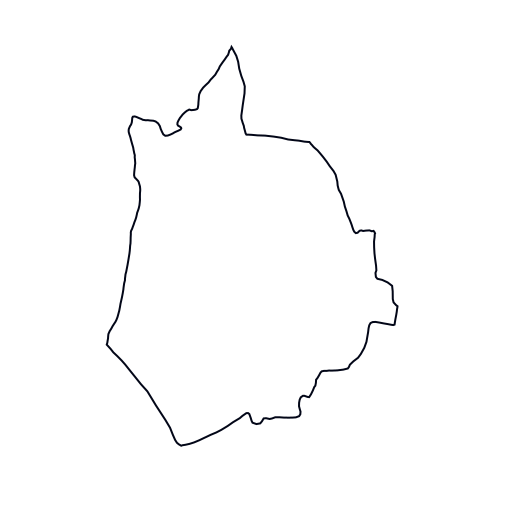 the district of Me Sang, Prey Vêng, Cambodia, rotated 191°
{"feature_id": "14789045B72609055314510", "entity_name": "Me Sang", "entity_type": "district", "adm_level": 2, "iso_a3": "KHM", "parent_name": "Cambodia", "parent_adm1": "Prey Vêng", "projection": "orthographic", "projection_center": [105.584, 11.344], "detail": "fine", "context": "isolated", "style": "outline", "palette": "ink", "viewbox_px": 512, "rotation_deg": 191, "n_neighbors": 0, "source": "geoboundaries", "source_scale": "gbopen_adm2", "svg_char_len": 4641}
<svg xmlns="http://www.w3.org/2000/svg" viewBox="0 0 512 512"><g transform="rotate(191 256 256)"><path d="M225.3,378.1L226.6,377.9L230.3,377.5L236.0,377.4L240.2,377.0L246.7,376.5L253.8,376.9L261.3,376.6L270.1,375.9L277.6,374.7L283.4,374.1L287.0,373.6L288.6,373.3L289.6,374.4L290.8,376.9L292.1,379.5L292.8,381.4L294.6,384.4L295.3,385.8L296.5,388.0L297.2,391.1L297.5,396.8L297.8,401.6L298.0,406.4L298.3,413.4L299.4,420.4L301.5,424.6L304.8,430.0L308.2,436.7L310.6,443.3L313.5,448.7L317.0,453.0L318.3,454.6L319.1,455.7L319.9,456.5L320.1,454.6L321.4,452.5L321.5,450.5L321.8,448.1L322.8,446.2L324.3,442.7L325.7,439.8L326.7,437.5L327.7,435.2L328.3,432.4L329.5,429.4L330.6,426.1L332.1,423.7L333.4,421.6L334.0,420.8L335.7,417.3L338.1,414.0L340.0,411.2L341.8,407.3L342.6,403.9L342.5,401.7L342.2,399.5L341.8,395.6L341.5,393.6L341.4,391.4L341.4,389.9L341.9,389.0L343.2,388.2L344.4,387.7L346.0,387.2L347.4,386.8L349.5,387.0L350.4,386.2L351.1,385.7L351.7,385.2L352.2,384.6L353.3,383.3L355.0,380.9L356.1,378.7L357.0,377.0L358.0,374.1L358.5,372.0L358.3,370.2L357.4,369.1L355.6,368.5L354.1,367.8L353.7,367.1L354.1,365.8L355.0,365.1L356.4,364.0L357.8,363.1L359.6,361.8L361.1,360.4L363.3,358.8L365.6,357.4L368.0,356.7L370.2,357.7L372.0,360.0L373.8,362.6L375.2,365.2L377.4,367.5L380.2,368.9L382.6,369.2L385.8,368.8L387.9,368.7L390.2,368.2L393.1,368.1L394.7,368.6L396.9,369.0L399.6,369.6L400.8,369.8L402.0,369.8L403.5,369.2L403.8,368.1L403.7,366.8L403.6,366.0L403.4,363.6L403.6,361.8L403.8,360.9L404.4,359.6L404.9,357.4L405.1,356.3L404.9,354.5L404.5,353.2L403.5,351.2L402.6,349.7L401.6,347.8L400.9,346.2L399.9,344.2L398.9,342.2L398.0,340.5L397.2,338.9L396.5,337.0L395.7,335.1L395.2,333.8L394.2,331.8L393.9,329.7L393.3,327.9L392.2,323.9L392.1,321.8L391.9,320.1L391.7,317.4L391.5,315.1L391.1,312.0L390.1,310.0L388.6,309.0L386.1,307.2L385.3,306.3L384.3,304.3L383.2,302.2L382.4,299.5L382.1,297.8L381.9,295.6L381.5,293.4L381.2,291.7L380.6,289.0L380.3,286.0L380.1,283.6L380.2,280.6L380.4,278.8L380.9,275.7L380.9,273.7L381.0,270.9L381.3,268.5L381.8,265.9L382.1,263.4L382.5,261.1L382.8,259.0L383.4,256.9L383.4,255.3L383.0,253.4L382.6,250.4L382.0,247.0L381.6,244.3L381.5,241.9L381.2,239.7L380.9,237.0L380.7,234.2L380.6,230.7L380.5,227.4L380.4,222.7L380.4,219.2L380.4,215.8L380.6,213.1L380.4,210.6L380.3,208.8L380.0,207.2L380.2,204.1L380.1,202.0L380.0,200.0L379.8,197.7L379.7,193.8L379.7,190.0L379.8,186.5L379.9,183.3L379.8,179.7L379.8,176.0L379.9,175.0L380.1,172.1L380.3,169.6L380.8,166.8L381.4,164.6L382.4,162.2L383.4,159.7L384.2,157.1L385.3,154.3L386.0,151.2L385.8,149.0L385.5,146.7L385.5,144.6L385.4,142.5L385.6,140.5L383.7,139.1L380.9,137.0L377.7,134.2L373.1,131.3L368.0,127.8L363.7,124.5L357.5,119.2L351.2,113.9L344.6,108.3L336.8,102.4L331.5,96.6L325.7,90.2L319.3,83.6L313.6,77.7L307.6,71.0L303.5,64.6L300.3,60.0L298.0,57.6L295.8,56.4L293.2,55.5L292.1,56.2L289.3,57.2L285.4,58.9L281.2,61.2L276.4,64.4L271.7,67.9L270.7,68.6L266.4,71.8L261.3,75.2L257.0,78.6L251.4,83.7L246.8,88.5L242.8,92.1L241.0,93.7L238.8,96.5L235.5,99.9L233.8,100.3L232.4,99.6L230.2,95.9L228.9,93.4L227.6,91.7L223.5,91.1L219.9,92.5L218.6,94.9L217.5,98.0L215.2,98.7L211.5,98.6L209.2,99.6L206.3,101.4L202.0,102.2L197.8,102.7L193.9,103.4L189.9,104.2L186.1,105.2L183.1,107.0L182.3,109.1L182.6,111.7L183.8,114.0L185.1,116.7L185.7,120.2L185.7,123.3L185.1,125.8L183.3,127.7L181.8,128.0L178.5,127.5L176.9,127.6L175.6,130.8L174.5,134.9L173.8,138.5L173.0,140.0L173.0,142.9L173.4,146.0L172.4,147.9L171.4,150.7L170.4,153.9L169.5,155.3L167.4,156.2L164.5,156.8L162.5,157.5L160.0,157.9L154.5,159.2L148.7,161.1L144.4,163.1L143.6,164.8L143.1,167.2L140.3,171.2L136.4,175.6L134.4,179.8L132.2,186.5L131.2,192.8L131.3,197.4L131.4,202.5L131.7,206.5L131.6,209.6L130.8,212.0L128.9,213.4L126.1,214.1L122.1,214.2L117.8,214.2L113.6,214.3L110.0,214.3L108.1,214.4L106.9,215.1L107.0,217.2L107.1,220.7L107.1,224.8L107.2,228.2L107.4,230.7L107.4,232.1L107.5,233.7L109.1,234.5L112.1,236.7L113.5,239.8L115.1,247.5L116.7,252.7L121.8,255.2L127.5,256.6L132.5,256.8L134.3,258.3L135.5,262.2L135.1,264.9L136.3,269.4L138.7,276.4L140.2,281.2L141.7,287.1L142.9,292.8L143.2,297.2L143.6,300.1L143.4,300.9L144.3,302.1L145.4,303.1L147.0,302.4L149.5,302.8L153.0,301.9L155.6,301.0L157.5,301.2L159.0,300.6L159.5,300.0L160.7,298.2L162.4,297.5L164.2,298.6L165.5,300.3L167.0,302.9L167.9,304.6L169.1,306.6L171.6,310.5L173.7,313.2L175.7,317.1L178.2,321.5L180.2,326.1L182.0,329.2L184.4,333.3L187.3,336.6L188.1,338.2L189.3,340.8L190.4,344.6L193.3,350.9L196.1,354.2L200.8,358.3L204.5,362.0L208.9,365.9L212.3,368.7L215.7,371.4L218.9,373.2L220.5,374.2L222.2,375.6L223.4,376.4L224.3,377.3L225.3,378.1Z" fill="none" stroke="#020617" stroke-width="2"/></g></svg>